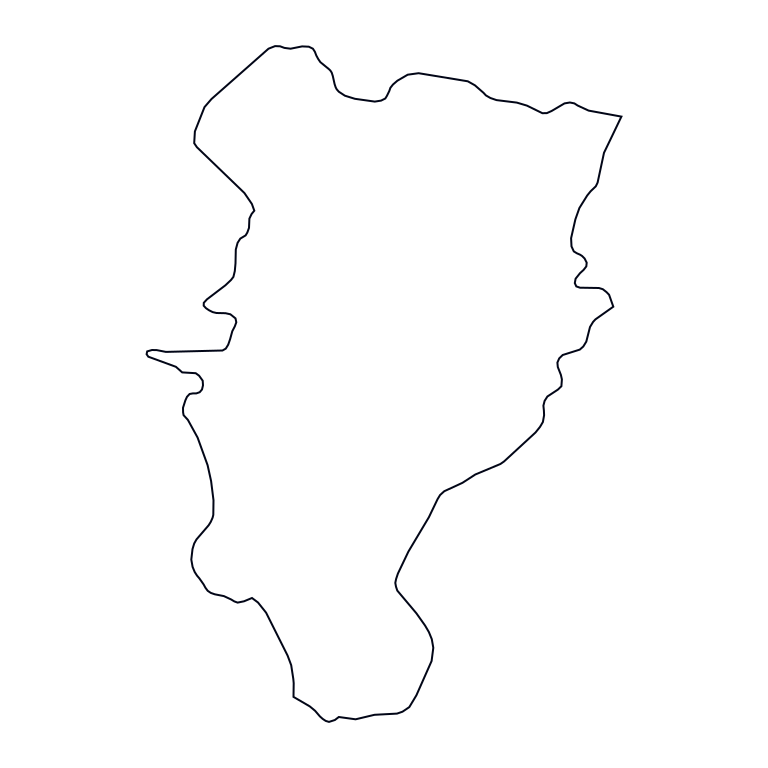 an SVG outline of Kildare
{"feature_id": "IRL-721", "entity_name": "Kildare", "entity_type": "County", "adm_level": 1, "iso_a3": "IRL", "parent_name": "Ireland", "parent_adm1": "", "projection": "mercator", "projection_center": [-6.829, 53.156], "detail": "fine", "context": "isolated", "style": "outline", "palette": "ink", "viewbox_px": 768, "rotation_deg": 0, "n_neighbors": 0, "source": "natural_earth", "source_scale": "10m", "svg_char_len": 2839}
<svg xmlns="http://www.w3.org/2000/svg" viewBox="0 0 768 768"><path d="M431.6,661.0L416.4,695.3L409.3,707.1L402.5,711.7L397.0,713.6L374.5,714.8L355.6,719.3L338.8,717.0L334.9,720.0L329.0,721.9L325.7,720.9L322.7,718.9L319.9,716.4L315.1,710.8L309.8,706.4L293.5,696.9L293.7,683.2L293.3,678.9L291.2,665.2L287.6,655.6L266.1,612.7L258.0,602.5L252.0,598.0L244.0,601.3L237.6,602.6L234.3,601.4L231.2,599.5L223.9,596.1L214.8,594.3L210.8,592.9L207.7,590.8L205.4,587.7L203.6,584.4L199.3,578.3L197.0,575.6L194.7,572.0L192.6,566.9L191.3,559.6L192.5,549.1L194.2,543.5L196.5,539.4L208.7,525.2L210.8,521.8L212.6,517.7L213.3,514.9L213.5,500.3L211.1,481.1L207.6,465.2L197.6,437.6L187.9,419.9L183.6,415.2L183.1,412.4L183.0,407.8L185.4,400.3L187.0,396.8L189.6,394.0L192.9,393.4L196.3,393.4L199.7,392.2L202.0,389.5L203.0,385.3L202.7,380.7L199.1,375.7L195.7,373.2L182.2,372.4L175.9,366.8L148.3,356.7L146.6,354.2L147.2,351.4L152.0,350.0L156.7,350.1L165.9,351.9L222.5,350.5L225.8,348.6L228.2,344.7L230.1,339.2L232.3,331.2L234.8,326.4L236.3,322.3L235.5,318.4L230.4,314.3L225.5,313.2L216.5,313.0L212.7,312.1L209.1,310.3L206.0,308.2L203.7,305.7L203.8,302.8L207.0,299.3L225.4,285.3L231.0,280.0L233.4,276.9L234.8,271.1L235.5,263.4L235.8,249.5L237.6,242.8L240.3,238.6L245.6,235.4L247.3,232.6L249.0,227.9L249.4,218.6L251.6,214.0L254.3,210.7L251.9,204.0L244.4,193.0L196.9,147.2L194.2,143.2L194.9,131.4L204.5,107.1L211.5,99.0L268.5,48.7L275.1,46.1L280.1,46.3L284.4,47.9L290.6,48.7L302.1,46.4L308.8,46.7L312.9,48.7L314.9,51.8L316.3,55.5L318.2,59.0L320.4,62.2L329.1,69.3L330.4,70.6L331.7,72.6L332.8,76.0L334.6,84.1L335.7,87.4L336.7,89.3L338.8,91.7L344.9,95.7L354.9,98.8L374.8,101.6L381.1,100.6L385.3,98.5L386.9,95.9L389.3,91.0L390.4,87.8L393.0,84.5L397.4,80.7L407.7,74.7L418.6,73.2L467.8,81.3L474.9,85.3L483.5,92.8L485.9,95.4L490.4,98.0L496.5,100.1L516.8,102.6L526.9,105.6L542.4,113.2L546.9,113.1L551.6,111.0L564.5,103.4L569.9,102.5L574.4,103.4L577.6,105.5L588.6,110.6L621.4,116.6L611.0,138.3L604.0,152.8L597.6,182.6L595.8,186.3L590.6,191.3L587.2,195.5L579.4,208.0L575.4,219.3L571.1,238.2L571.5,246.4L573.8,251.4L576.9,253.3L580.1,254.7L582.1,256.0L584.6,258.5L586.7,262.7L586.3,266.4L583.6,269.9L580.0,273.2L575.6,278.7L574.8,283.1L576.3,286.4L580.0,287.7L598.9,288.0L602.8,289.2L606.5,292.1L609.1,294.8L613.3,306.7L595.4,319.4L593.1,321.9L590.0,327.0L586.3,341.6L583.3,346.5L579.8,349.6L562.7,355.0L559.2,358.4L557.4,362.6L557.8,367.0L560.9,374.9L561.9,379.4L561.4,386.2L557.9,389.6L547.4,396.5L544.6,400.9L543.4,405.7L543.9,410.6L544.1,415.2L542.9,422.0L540.0,426.9L535.5,432.5L504.0,461.5L500.4,464.0L475.3,474.5L462.5,482.8L444.3,491.2L440.1,495.0L437.6,499.1L428.9,517.2L408.4,551.6L397.9,573.6L396.1,579.0L395.3,582.9L396.0,586.7L397.3,590.6L416.4,613.3L425.1,625.6L428.9,632.1L431.8,639.2L433.3,647.8L431.6,661.0Z" fill="none" stroke="#020617" stroke-width="2"/></svg>